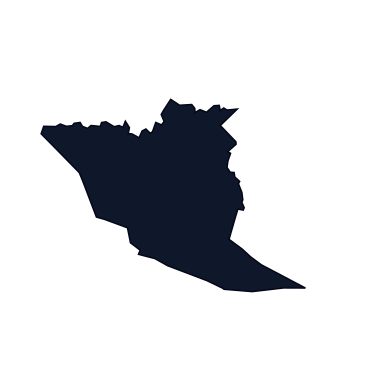 the district of Centre, Pennsylvania, United States of America, rotated 49°
{"feature_id": "52423323B56573766601238", "entity_name": "Centre", "entity_type": "district", "adm_level": 2, "iso_a3": "USA", "parent_name": "United States of America", "parent_adm1": "Pennsylvania", "projection": "mercator", "projection_center": [-77.904, 40.972], "detail": "fine", "context": "isolated", "style": "filled", "palette": "ink", "viewbox_px": 384, "rotation_deg": 49, "n_neighbors": 0, "source": "geoboundaries", "source_scale": "gbopen_adm2", "svg_char_len": 1206}
<svg xmlns="http://www.w3.org/2000/svg" viewBox="0 0 384 384"><g transform="rotate(49 192 192)"><path d="M49.1,267.7L67.5,266.5L103.4,264.4L107.1,265.6L114.5,268.2L148.2,280.6L154.9,276.2L176.7,264.2L190.0,271.8L201.9,269.3L203.9,273.3L210.8,268.6L217.7,263.8L231.8,258.7L268.7,238.9L285.0,231.9L286.4,231.7L306.7,211.9L324.6,185.7L338.9,169.4L292.2,187.5L279.3,190.3L268.3,191.5L252.0,195.1L250.7,193.0L240.1,176.7L235.0,168.6L239.3,165.2L238.1,162.9L232.4,161.1L231.3,158.8L225.0,154.6L216.2,151.5L215.3,149.1L208.7,149.8L204.9,147.4L202.1,150.2L196.4,149.4L192.2,144.6L188.1,137.5L185.0,138.5L184.9,127.4L182.9,125.9L160.4,127.0L159.1,103.4L153.1,111.8L149.4,112.9L149.0,117.2L144.5,114.6L141.3,118.8L141.3,128.7L135.1,131.9L134.0,137.6L130.7,135.0L125.8,134.8L118.4,144.4L108.1,147.3L111.8,160.2L113.3,164.4L120.5,166.8L121.3,171.0L115.7,173.7L120.6,182.3L120.2,185.0L114.2,185.4L113.2,189.6L116.3,196.4L108.7,199.2L106.1,201.8L102.4,197.0L94.8,195.8L97.8,201.7L94.0,203.4L91.6,207.9L82.5,210.9L80.2,214.7L82.3,218.2L75.5,224.6L75.5,229.0L70.6,231.6L66.1,230.8L62.8,235.9L63.4,238.8L60.0,243.7L54.3,246.8L53.2,251.9L45.1,260.8L49.1,267.7Z" fill="#0f172a" stroke="#020617" stroke-width="1.5"/></g></svg>